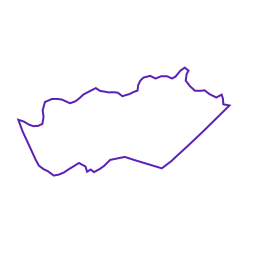 outline of Salgadinho, Pernambuco, Brazil, rotated 165°
{"feature_id": "56859067B89944489210843", "entity_name": "Salgadinho", "entity_type": "district", "adm_level": 2, "iso_a3": "BRA", "parent_name": "Brazil", "parent_adm1": "Pernambuco", "projection": "robinson", "projection_center": [-35.592, -7.913], "detail": "fine", "context": "isolated", "style": "outline", "palette": "violet", "viewbox_px": 256, "rotation_deg": 165, "n_neighbors": 0, "source": "geoboundaries", "source_scale": "gbopen_adm2", "svg_char_len": 1077}
<svg xmlns="http://www.w3.org/2000/svg" viewBox="0 0 256 256"><g transform="rotate(165 128 128)"><path d="M24.2,123.5L29.8,126.2L28.7,131.6L28.9,136.0L34.8,134.6L40.5,139.6L44.2,144.5L49.0,145.3L53.7,146.7L57.5,152.6L60.0,158.9L57.4,164.9L54.7,167.8L57.6,171.6L62.6,169.8L68.7,165.4L72.6,164.4L76.8,167.8L82.4,169.4L88.7,168.7L93.0,172.6L100.0,172.7L103.8,170.6L107.1,166.7L109.1,161.7L113.4,161.3L117.9,160.4L125.2,160.2L128.7,164.7L132.6,166.3L137.3,167.3L140.8,169.0L145.3,171.0L148.8,174.9L158.0,172.9L162.4,171.9L167.3,169.3L171.9,167.4L177.6,166.9L184.5,172.6L189.1,174.5L194.0,175.7L201.5,174.6L205.8,167.3L206.7,160.6L209.6,154.2L214.1,153.3L219.0,154.3L222.8,156.9L227.1,161.3L231.8,164.3L230.7,152.0L228.2,137.6L225.3,120.8L223.8,114.6L220.0,109.9L216.6,107.0L212.0,101.3L207.0,100.9L201.4,101.6L196.2,103.4L190.7,105.0L184.5,106.9L179.0,101.8L178.9,96.4L174.7,97.5L172.3,94.2L166.0,95.7L160.9,97.6L153.5,101.8L138.6,100.9L130.6,95.7L109.8,82.8L105.8,80.3L94.7,84.8L88.0,88.4L74.0,95.7L57.0,104.9L24.2,123.5Z" fill="none" stroke="#5b21b6" stroke-width="2"/></g></svg>